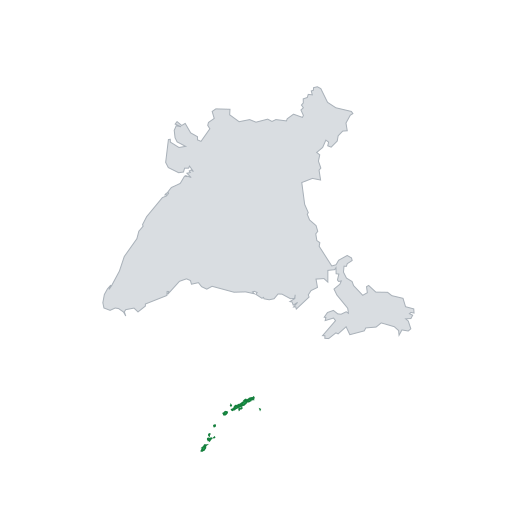 Andaman and Nicobar highlighted on a map of India, rotated 51°
{"feature_id": "IND-2474", "entity_name": "Andaman and Nicobar", "entity_type": "Union Territory", "adm_level": 1, "iso_a3": "IND", "parent_name": "India", "parent_adm1": "", "projection": "mercator", "projection_center": [93.022, 10.213], "detail": "fine", "context": "in_parent", "style": "filled", "palette": "green", "viewbox_px": 512, "rotation_deg": 51, "n_neighbors": 0, "source": "natural_earth", "source_scale": "10m", "svg_char_len": 8992}
<svg xmlns="http://www.w3.org/2000/svg" viewBox="0 0 512 512"><g transform="rotate(51 256 256)"><path d="M101.9,232.8L107.8,231.6L108.4,227.6L119.2,229.3L126.5,226.4L128.9,228.4L132.3,226.6L128.1,211.8L124.1,211.3L122.3,208.9L122.8,201.9L116.1,199.1L116.4,194.6L125.6,183.9L129.7,187.6L141.0,184.6L146.0,175.1L152.0,171.8L157.0,160.8L161.5,158.9L162.5,154.7L170.2,147.3L169.0,145.4L169.4,137.6L177.5,132.7L176.6,130.7L170.8,129.2L170.6,125.9L167.3,125.7L166.8,122.9L163.6,120.4L165.1,116.4L163.3,113.7L166.2,110.8L162.5,109.2L163.3,107.1L161.4,105.3L163.1,101.8L166.7,100.3L181.6,103.7L191.0,100.7L203.7,90.9L206.3,91.1L205.9,94.1L209.3,102.4L216.1,106.3L213.5,110.0L214.3,116.5L217.8,120.6L218.7,129.1L215.5,130.9L213.2,127.9L209.9,128.8L213.6,135.9L213.7,143.7L217.5,142.8L221.6,147.8L228.5,150.3L229.0,153.0L237.6,158.0L231.2,163.3L227.7,174.2L246.5,185.7L255.2,188.1L255.8,189.9L261.7,191.7L270.2,190.2L275.7,192.5L276.4,195.6L282.3,199.0L285.8,198.0L288.2,200.8L311.4,203.4L313.2,199.3L311.3,194.5L313.0,184.8L317.6,183.0L320.0,184.1L319.4,189.9L320.9,192.3L319.3,194.0L323.6,198.2L330.1,199.6L336.3,197.4L340.4,198.8L353.7,197.8L354.6,192.6L349.4,189.4L349.8,187.0L359.5,185.6L367.0,176.6L372.3,175.4L381.4,168.4L389.5,171.7L396.4,166.7L399.8,169.1L397.3,171.1L397.4,173.1L400.6,171.5L402.1,175.0L399.0,179.2L402.4,178.6L410.0,181.5L410.1,184.9L405.3,189.1L407.6,194.7L403.7,192.1L398.0,193.0L386.8,200.8L386.8,207.4L381.0,215.9L382.3,219.0L376.2,232.6L367.7,230.5L368.2,241.2L366.0,242.3L365.9,251.5L363.3,254.3L361.3,252.6L359.8,254.4L356.3,234.9L353.0,234.8L349.7,242.9L347.8,240.4L346.5,241.5L344.9,236.0L347.0,230.1L352.4,228.9L354.8,226.5L356.1,221.0L358.7,220.2L354.3,217.6L337.2,217.7L330.8,216.2L330.7,208.6L329.1,205.4L327.8,207.8L325.9,207.8L322.2,203.0L320.2,204.9L315.4,201.2L316.1,203.5L312.4,209.2L321.5,216.6L316.3,217.4L311.7,223.9L319.1,228.0L317.5,235.0L319.1,239.8L321.3,240.6L322.6,258.1L320.5,257.1L319.3,258.9L318.2,252.8L317.6,258.0L314.5,256.9L312.8,258.3L313.5,252.6L310.8,249.9L313.2,252.8L310.9,256.1L302.0,259.8L299.4,262.8L300.6,268.9L298.3,273.3L294.3,276.7L292.9,276.2L292.6,278.0L285.8,280.2L285.1,278.1L282.4,279.5L281.7,281.3L284.4,281.0L277.4,286.6L270.3,295.9L251.9,309.2L250.8,315.1L245.6,317.6L240.5,317.5L237.3,323.9L233.8,322.4L230.0,324.4L227.5,331.4L230.2,348.7L228.6,346.2L227.6,347.4L230.6,350.1L223.7,372.2L225.3,373.5L225.2,382.9L219.7,383.6L215.7,391.0L216.6,393.5L220.7,395.0L216.2,394.2L210.3,395.9L207.8,398.2L206.4,403.6L200.7,406.9L195.9,404.4L190.5,398.1L188.1,392.2L187.2,387.1L189.5,391.3L188.3,387.2L181.8,371.7L173.5,358.7L167.6,337.7L163.0,331.4L161.8,325.0L160.2,324.4L156.6,316.2L151.7,292.0L153.0,287.8L152.7,286.3L151.2,288.3L150.9,287.1L151.0,284.7L152.8,284.9L150.7,283.9L149.5,278.7L151.9,269.2L149.0,261.3L150.2,260.2L148.9,260.3L154.2,257.0L148.2,257.6L149.8,254.5L147.9,254.4L148.3,252.3L151.0,251.5L144.3,251.1L145.3,253.1L142.8,256.2L145.1,259.5L142.6,263.7L132.1,268.5L126.4,267.3L110.4,250.8L111.3,249.2L113.6,250.9L123.2,247.6L126.5,241.7L117.7,245.5L113.2,244.5L106.9,240.5L104.6,236.1L108.4,232.9L102.6,235.8L101.9,232.8ZM361.4,369.8L359.4,366.2L362.1,362.4L362.8,350.1L365.0,348.1L363.1,354.6L364.2,359.0L362.9,360.1L361.4,369.8ZM373.0,415.9L373.1,421.1L371.2,418.2L373.0,415.9ZM359.0,380.4L357.6,380.5L357.5,378.3L359.1,376.7L359.0,380.4ZM368.3,407.5L368.2,409.0L367.8,407.7L368.3,407.5ZM369.9,405.4L369.3,407.5L369.5,405.3L369.9,405.4ZM371.6,414.0L371.0,415.6L370.6,415.0L371.6,414.0ZM362.3,395.2L361.3,395.3L361.8,394.4L362.3,395.2ZM361.0,370.6L360.0,371.4L360.5,370.1L361.0,370.6ZM364.5,364.4L365.0,365.9L363.8,364.8L364.5,364.4ZM365.8,405.1L365.0,404.8L365.3,404.0L365.8,405.1ZM361.5,354.5L361.0,356.2L361.2,354.4L361.5,354.5Z" fill="#d9dde1" stroke="#a8b0b8" stroke-width="1"/><path d="M364.9,350.9L365.1,351.1L364.9,351.5L364.9,351.8L364.9,352.5L364.7,353.3L364.5,353.6L364.2,353.5L363.9,353.6L363.9,353.1L363.8,353.3L363.6,353.3L363.5,353.7L363.6,353.8L363.8,354.2L363.8,354.3L363.7,354.5L363.6,354.3L363.5,354.2L363.3,354.2L363.0,354.9L363.1,355.0L363.4,354.9L363.5,354.9L363.6,355.1L363.9,355.4L363.9,355.6L364.0,356.1L363.8,356.3L364.1,356.7L364.2,357.0L364.0,358.0L364.2,358.4L364.2,359.2L363.8,359.6L364.0,359.7L363.9,359.9L363.6,360.1L363.6,360.3L363.4,360.0L363.2,359.9L363.3,360.1L362.7,360.1L362.9,360.6L363.2,360.8L363.3,360.9L363.3,361.1L363.0,361.4L363.1,361.6L363.3,361.9L363.0,362.2L363.2,362.6L363.0,362.8L362.5,363.3L362.5,363.5L362.3,363.7L362.3,363.8L362.2,363.8L361.9,363.9L361.7,364.0L361.8,364.1L362.1,364.4L361.9,364.4L361.8,364.5L361.7,364.6L361.8,364.6L361.6,365.0L361.5,366.1L361.7,365.5L361.8,365.5L362.1,365.5L362.2,365.9L362.2,366.3L361.8,367.9L361.7,368.0L361.4,368.1L361.0,368.6L360.9,369.0L361.1,369.0L361.2,368.9L361.2,368.5L361.5,368.6L361.4,368.4L361.5,368.2L361.7,368.3L361.8,368.4L361.8,368.9L361.6,369.1L361.6,369.6L361.5,369.9L361.3,370.3L361.3,370.1L361.0,370.0L360.7,369.7L360.6,369.4L360.4,369.3L360.3,369.2L360.3,368.9L360.6,368.8L360.6,368.7L360.3,368.6L360.1,367.8L359.9,367.9L359.7,367.8L359.7,367.6L359.7,367.1L359.7,366.7L359.4,366.5L359.3,366.3L359.4,365.9L359.7,365.6L359.8,365.5L360.0,365.9L360.2,366.1L360.3,366.2L360.4,365.4L360.3,364.9L360.5,364.4L360.5,363.3L360.5,363.1L360.9,362.4L361.0,362.6L361.2,362.4L361.3,362.3L361.4,362.6L361.3,362.9L361.6,362.9L361.8,362.9L362.0,362.8L362.1,362.6L362.0,362.1L361.8,362.0L361.7,361.9L361.8,361.8L362.1,361.7L361.7,361.5L361.5,361.4L361.4,361.2L361.3,360.9L361.4,358.3L361.4,358.2L361.7,357.8L362.0,357.7L361.7,357.5L361.6,357.3L361.6,356.6L361.5,356.1L361.6,355.9L361.8,355.7L362.0,355.7L362.3,355.0L362.3,354.4L362.6,354.0L362.5,353.9L362.3,353.8L362.3,353.5L362.5,352.9L362.8,352.4L362.5,352.1L362.6,351.5L362.9,351.4L362.7,350.8L362.8,350.6L362.6,350.5L362.7,350.2L363.1,349.6L363.2,349.0L363.3,348.9L363.7,348.5L363.8,348.1L364.1,347.9L364.3,348.0L364.3,347.9L364.4,347.7L364.5,347.8L364.8,347.8L365.0,348.2L364.9,348.5L364.9,348.9L364.9,349.6L365.1,349.5L364.9,349.8L364.8,350.1L364.3,350.4L364.3,350.2L364.2,350.1L364.1,350.4L364.2,350.5L364.3,350.6L364.6,350.6L364.9,350.9ZM373.7,417.4L374.1,418.3L374.1,418.8L373.7,419.7L373.7,420.1L373.8,420.3L373.7,420.5L373.4,420.5L373.1,421.1L372.9,421.0L372.8,420.8L372.9,420.4L372.6,420.1L372.5,419.8L372.5,419.7L372.4,419.4L372.4,419.2L372.2,419.2L371.9,418.5L371.7,418.3L371.5,418.2L371.3,418.1L371.2,418.2L371.2,417.1L371.4,416.4L371.9,416.4L372.1,416.2L372.4,416.1L372.5,416.1L372.7,415.9L372.9,415.8L373.1,415.9L373.4,416.2L373.6,416.8L373.7,417.4ZM359.9,377.8L359.9,378.4L360.1,378.7L360.0,379.0L359.4,379.7L359.5,380.0L359.8,380.1L359.5,380.5L359.4,380.7L359.2,380.9L358.8,380.8L358.4,380.5L358.2,380.5L357.8,380.6L357.7,380.5L358.0,380.2L358.1,379.8L358.1,379.6L358.1,379.4L357.7,379.1L357.7,377.9L357.8,377.9L358.0,377.8L358.3,377.2L358.8,376.8L359.3,376.7L359.5,376.9L359.7,377.2L359.7,377.6L359.9,377.8ZM368.8,408.2L369.2,408.7L369.1,409.1L368.7,408.9L368.2,409.0L367.9,408.8L368.0,408.5L367.9,408.5L367.6,408.5L367.5,408.4L367.6,407.8L367.7,407.7L367.9,407.6L368.2,407.5L368.4,407.6L368.5,408.0L368.8,408.2ZM362.3,394.6L362.5,394.9L362.5,395.5L362.2,395.9L361.5,395.6L361.3,395.5L361.2,394.9L361.3,394.8L361.4,394.7L361.6,394.6L361.7,394.4L361.7,394.2L361.8,394.2L362.3,394.6ZM372.0,414.5L372.0,414.8L371.5,415.2L371.1,415.6L370.9,415.7L370.8,415.3L370.6,415.0L370.7,414.9L370.8,414.5L371.3,414.3L371.7,413.6L371.7,414.1L372.0,414.5ZM369.9,407.4L369.7,407.4L369.5,407.8L369.4,407.8L369.4,407.7L369.3,407.4L369.5,407.2L369.8,407.1L369.7,406.9L369.5,407.0L369.4,407.1L369.2,406.9L369.0,406.1L369.2,405.8L369.4,405.4L369.6,405.3L369.8,405.3L369.9,405.5L369.7,406.0L369.7,406.4L370.0,407.1L369.9,407.4ZM360.9,371.1L361.1,371.4L360.8,371.6L360.4,371.7L360.0,371.5L360.1,371.2L360.4,371.1L360.5,371.0L360.4,370.4L360.4,370.1L360.6,370.1L360.9,370.3L361.1,370.7L360.9,371.0L360.9,371.1ZM361.4,354.1L361.5,354.4L361.5,354.6L361.4,355.1L361.4,355.4L361.1,355.7L361.1,356.1L360.9,356.2L360.8,355.4L360.9,355.2L361.0,354.6L360.9,354.4L361.2,354.1L361.4,354.1ZM364.5,364.6L365.0,365.9L364.8,365.9L364.7,365.8L364.6,365.5L364.2,365.3L364.0,365.0L363.8,365.0L363.7,364.9L363.8,364.7L364.1,364.4L364.5,364.4L364.6,364.5L364.5,364.6ZM365.7,405.2L366.1,405.4L366.2,405.5L365.9,405.5L365.4,405.4L365.2,405.1L365.0,404.9L364.9,404.6L365.0,404.1L365.2,403.9L365.3,403.9L365.4,404.0L365.4,404.8L365.5,405.0L365.7,405.2ZM365.4,362.7L365.3,363.2L365.4,363.7L365.3,363.8L365.2,363.8L365.0,363.4L364.9,363.1L365.0,362.8L365.1,362.6L365.3,362.6L365.4,362.7ZM370.2,407.6L370.4,408.1L370.4,408.5L369.8,408.1L369.7,407.9L369.8,407.7L370.0,407.7L370.2,407.6ZM356.6,369.2L356.7,369.3L356.8,369.5L356.7,369.7L356.6,369.9L356.4,369.9L356.2,369.8L356.2,369.4L356.0,369.2L356.6,369.2ZM370.7,401.9L370.9,402.3L370.9,402.5L370.8,402.9L370.7,403.0L370.7,402.3L370.6,401.9L370.7,401.7L370.7,401.9ZM364.6,346.6L364.9,347.0L364.3,346.8L364.2,346.7L364.5,346.6L364.6,346.6ZM377.8,349.2L377.9,349.4L377.6,349.3L377.8,349.2Z" fill="#22c55e" stroke="#15803d" stroke-width="1.5"/></g></svg>